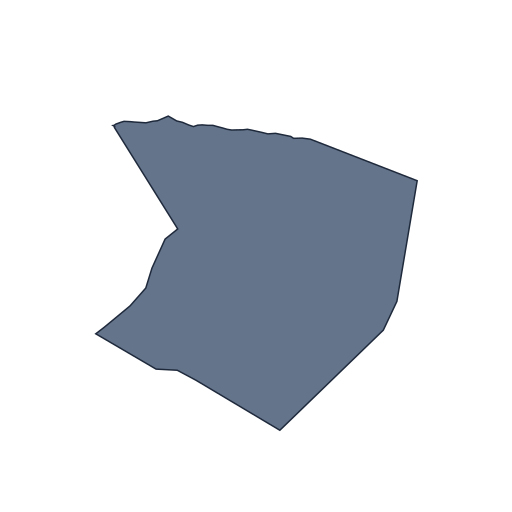 outline of Soucis, Anse-la-Raye, Saint Lucia, rotated 70°
{"feature_id": "8701671B87099663459533", "entity_name": "Soucis", "entity_type": "district", "adm_level": 2, "iso_a3": "LCA", "parent_name": "Saint Lucia", "parent_adm1": "Anse-la-Raye", "projection": "equal_earth", "projection_center": [-61.001, 13.977], "detail": "fine", "context": "isolated", "style": "filled", "palette": "slate", "viewbox_px": 512, "rotation_deg": 70, "n_neighbors": 0, "source": "geoboundaries", "source_scale": "gbopen_adm2", "svg_char_len": 790}
<svg xmlns="http://www.w3.org/2000/svg" viewBox="0 0 512 512"><g transform="rotate(70 256 256)"><path d="M84.5,345.7L86.2,344.5L86.8,345.1L203.8,320.3L209.0,335.6L231.8,357.9L248.4,370.5L259.8,391.4L271.2,423.4L274.3,433.2L328.1,388.6L336.4,369.1L352.0,355.1L427.9,293.2L369.2,161.7L346.8,139.1L327.9,128.4L240.4,78.8L164.8,165.0L161.0,172.3L158.3,180.4L155.5,182.5L147.4,195.7L145.3,203.1L141.8,208.3L136.0,217.4L134.0,220.7L133.0,224.9L130.9,231.0L129.3,235.8L127.0,239.9L124.4,243.4L121.5,247.6L118.5,251.8L116.6,256.9L114.4,261.7L113.1,266.1L113.0,270.5L109.9,274.4L105.3,279.3L101.9,284.4L94.5,290.6L95.2,302.4L94.1,306.7L93.2,313.9L91.1,318.6L88.6,324.3L86.7,328.3L84.3,334.0L84.1,337.5L84.1,342.6L84.7,344.7L84.5,345.7Z" fill="#64748b" stroke="#1e293b" stroke-width="1.5"/></g></svg>